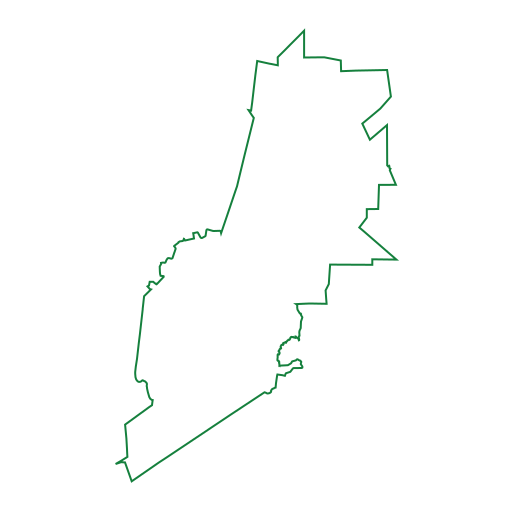 Abasolo, Tamaulipas, Mexico
{"feature_id": "50627088B78235434296900", "entity_name": "Abasolo", "entity_type": "district", "adm_level": 2, "iso_a3": "MEX", "parent_name": "Mexico", "parent_adm1": "Tamaulipas", "projection": "equal_earth", "projection_center": [-98.244, 24.128], "detail": "fine", "context": "isolated", "style": "outline", "palette": "green", "viewbox_px": 512, "rotation_deg": 0, "n_neighbors": 0, "source": "geoboundaries", "source_scale": "gbopen_adm2", "svg_char_len": 5625}
<svg xmlns="http://www.w3.org/2000/svg" viewBox="0 0 512 512"><path d="M131.7,481.3L158.6,462.7L167.3,457.0L230.6,414.7L264.5,392.3L265.2,392.5L266.0,392.8L266.8,393.3L267.5,393.5L268.4,393.4L268.6,393.3L269.6,393.1L269.8,392.9L270.0,392.7L270.5,392.5L270.9,392.1L271.1,391.7L271.1,391.3L271.0,391.0L271.1,390.6L271.3,390.2L271.9,389.4L272.4,388.9L272.9,388.7L273.7,388.5L274.4,387.9L275.6,387.6L276.0,383.2L277.1,375.6L277.4,374.5L282.5,375.2L284.9,375.8L285.7,373.6L285.9,373.3L286.1,373.2L290.1,371.9L290.3,371.8L290.4,371.7L292.3,369.2L293.1,368.3L293.2,368.2L293.5,368.1L301.2,368.0L301.5,368.0L302.3,367.7L302.4,367.4L302.4,366.7L302.3,366.4L301.7,365.5L300.9,364.3L300.8,364.1L300.8,363.8L301.2,362.3L301.2,362.0L301.2,361.7L300.5,361.1L300.4,360.7L298.7,360.1L298.3,359.7L297.5,359.3L297.3,359.3L297.1,359.3L296.8,359.5L296.0,360.3L295.8,360.4L292.2,361.4L292.1,361.5L291.1,363.2L290.9,363.4L287.9,365.2L284.2,365.4L280.0,365.6L279.9,365.8L279.6,365.5L279.4,365.6L279.3,363.0L279.0,362.8L279.0,362.6L279.1,362.1L279.2,361.7L278.8,361.1L278.6,360.8L277.9,360.8L277.7,360.6L277.5,360.4L277.4,360.1L277.4,359.8L277.5,358.5L277.7,357.0L277.7,356.9L277.6,356.4L277.6,356.2L277.7,355.3L277.6,355.1L277.7,354.8L277.7,354.6L277.8,354.5L278.0,354.5L278.3,354.5L278.5,354.5L278.5,354.4L278.8,354.5L279.1,354.4L279.5,353.5L279.6,353.2L279.5,352.3L279.3,352.1L279.1,352.0L278.9,351.8L278.7,351.6L278.7,351.4L278.6,351.1L279.0,350.5L279.1,350.4L279.3,350.3L279.4,350.1L279.5,349.5L279.6,349.3L279.7,349.2L279.9,349.1L280.0,348.9L280.4,348.8L281.0,348.5L281.1,348.4L281.1,348.2L281.0,347.7L280.6,347.1L280.6,346.9L280.7,346.6L280.7,346.4L280.8,346.1L281.1,345.7L281.4,345.3L281.5,344.9L281.8,344.8L282.6,344.6L282.8,344.8L283.0,344.9L283.4,344.4L283.5,344.2L283.3,343.8L283.2,343.7L283.1,343.3L283.2,343.1L283.5,342.9L283.9,342.8L284.4,342.7L285.1,342.5L285.2,342.2L285.3,342.1L285.6,342.3L285.7,342.6L285.8,342.7L285.9,342.8L286.0,342.8L286.1,342.6L286.2,342.1L286.2,341.9L286.3,341.8L286.8,341.5L287.0,341.3L287.1,341.0L287.3,340.7L287.6,340.6L288.0,340.3L288.1,340.2L288.3,340.0L288.3,339.8L288.4,339.7L288.5,339.7L288.7,339.9L288.9,339.9L289.3,339.9L289.6,339.7L289.8,339.3L290.1,338.8L290.2,338.6L290.3,338.5L290.3,337.9L290.6,337.5L290.7,337.4L290.8,337.2L291.2,337.0L291.4,336.9L291.6,336.9L292.0,337.0L292.6,337.0L293.0,337.2L293.1,337.3L293.3,337.3L293.4,337.2L293.6,337.4L293.9,337.4L294.0,337.5L294.4,337.7L294.9,337.7L295.3,337.8L295.5,336.5L295.9,336.6L296.3,337.3L296.6,337.6L298.1,338.4L298.3,338.7L298.4,338.9L298.9,340.3L299.1,340.2L299.2,339.7L298.7,337.0L298.7,336.7L298.8,336.5L298.9,336.3L299.4,335.9L299.5,335.8L299.5,335.7L299.3,332.6L299.3,332.0L299.5,331.0L299.6,330.5L300.5,328.6L300.7,328.1L301.0,321.4L301.1,321.2L302.3,317.6L302.3,317.4L302.3,317.2L302.2,317.1L301.1,315.2L301.0,314.8L301.1,314.3L301.1,314.1L301.0,313.9L300.9,313.8L300.8,313.6L300.7,313.5L300.2,313.6L299.9,313.5L299.8,313.4L297.6,309.8L297.5,309.6L297.2,307.4L297.2,307.0L297.3,305.8L297.2,305.4L297.1,305.2L296.7,304.6L296.5,304.3L296.2,304.1L304.9,303.7L310.0,303.5L326.6,303.8L326.2,298.9L325.6,290.4L328.8,284.1L330.1,264.6L372.3,264.8L372.3,259.3L396.4,259.6L363.8,231.3L359.3,227.5L366.8,217.7L366.8,209.1L369.1,209.1L378.2,209.0L379.0,184.9L395.9,184.8L389.8,170.3L390.3,169.0L390.1,169.0L389.9,168.7L389.6,168.5L389.6,168.3L389.6,167.6L389.5,167.4L389.4,167.2L389.2,166.9L389.3,166.6L389.4,166.3L389.4,166.2L389.2,165.9L389.1,166.0L388.9,166.1L388.6,166.2L388.6,166.3L388.3,166.5L388.2,166.5L387.9,166.2L387.7,165.8L387.6,165.6L387.3,165.5L387.2,165.4L387.2,165.2L387.0,125.1L369.9,139.7L362.3,123.6L366.2,120.4L380.3,108.6L390.9,96.6L387.1,70.0L356.0,70.6L341.1,71.2L340.8,60.5L324.2,57.3L322.7,57.3L304.1,57.5L304.1,30.7L298.0,36.9L290.4,44.5L284.3,50.7L278.1,56.8L277.7,57.3L277.8,62.2L277.8,65.3L270.3,63.8L270.0,63.8L257.2,61.0L255.4,74.9L254.5,82.6L254.4,83.4L252.2,102.4L251.1,110.6L248.5,110.1L251.7,114.9L253.8,117.9L244.4,155.8L240.1,173.5L237.0,186.4L235.6,190.4L227.4,214.7L221.1,233.2L220.7,231.5L220.4,231.0L219.9,230.8L213.8,231.0L212.8,230.9L207.6,229.4L207.1,229.4L206.8,229.6L206.6,229.9L206.4,230.2L205.6,235.7L205.3,236.2L205.1,236.3L202.2,237.9L201.5,238.0L200.9,237.8L200.5,237.4L197.9,232.7L197.6,232.4L197.3,232.3L196.9,232.4L193.2,233.2L193.3,233.6L194.0,238.5L185.0,240.5L184.1,238.9L183.9,238.8L183.3,240.4L183.0,240.8L182.7,241.0L179.8,241.4L179.3,241.7L178.5,242.2L178.4,242.7L174.2,245.9L174.1,246.2L175.1,247.4L175.6,248.4L175.6,248.7L175.6,248.9L174.5,252.2L174.2,252.9L173.9,253.9L173.8,254.2L172.5,258.1L171.8,258.6L171.2,258.7L169.6,258.2L168.2,258.1L167.6,258.4L166.8,259.5L166.3,260.4L165.8,261.7L165.4,262.5L165.0,262.7L164.6,262.8L164.3,262.7L163.9,262.6L162.5,262.6L161.0,262.9L161.1,264.0L159.7,266.6L159.9,272.0L160.1,274.1L160.6,275.8L163.1,276.1L163.5,276.1L163.7,276.8L157.8,283.1L156.9,284.0L156.5,283.8L156.2,284.2L154.2,282.7L153.3,281.8L149.7,281.8L149.0,285.5L147.5,286.4L149.9,289.1L151.0,289.4L144.1,296.2L142.7,308.8L142.7,309.3L139.9,334.2L138.8,343.0L137.0,358.9L135.8,366.6L135.2,372.0L135.2,373.7L135.5,377.2L136.1,379.2L136.7,380.2L137.2,380.8L137.7,381.3L138.3,381.7L139.0,381.9L139.7,381.9L140.4,381.7L140.7,381.6L141.4,381.2L142.1,380.5L142.6,380.3L143.0,380.4L144.0,381.0L144.9,381.3L145.6,381.9L146.6,383.0L146.9,383.8L146.9,384.5L146.7,386.1L146.9,386.8L147.1,388.7L147.9,392.3L149.3,397.1L150.3,398.8L151.1,399.4L151.6,399.8L152.7,400.1L152.6,400.4L152.0,405.2L149.3,407.0L125.1,424.6L126.4,438.5L126.5,440.3L127.0,449.0L127.2,453.6L127.4,456.9L121.3,460.7L115.6,464.0L121.1,462.2L125.0,462.4L131.7,481.3Z" fill="none" stroke="#15803d" stroke-width="2"/></svg>